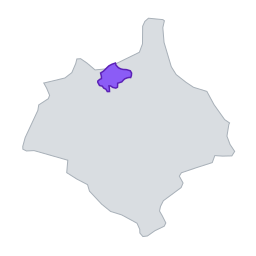 location of Štrpce within Kosovo, rotated 178°
{"feature_id": "KOS-5914", "entity_name": "Štrpce", "entity_type": "District", "adm_level": 1, "iso_a3": "XKX", "parent_name": "Kosovo", "parent_adm1": "", "projection": "natural_earth1", "projection_center": [20.995, 42.226], "detail": "fine", "context": "in_parent", "style": "filled", "palette": "violet", "viewbox_px": 256, "rotation_deg": 178, "n_neighbors": 0, "source": "natural_earth", "source_scale": "10m", "svg_char_len": 1514}
<svg xmlns="http://www.w3.org/2000/svg" viewBox="0 0 256 256"><g transform="rotate(178 128 128)"><path d="M60.9,86.0L76.2,81.4L78.4,78.1L74.9,71.1L77.0,66.6L95.2,54.1L98.3,48.4L99.4,43.9L96.9,39.2L93.5,31.8L95.2,28.6L104.7,24.4L112.4,19.4L116.9,19.0L119.8,22.6L119.8,26.3L122.3,32.5L128.0,35.9L137.4,41.4L148.3,45.2L156.9,52.7L168.7,66.2L170.4,72.8L181.0,78.8L190.8,85.5L189.3,97.9L222.7,108.7L230.3,108.6L233.8,110.5L233.8,113.3L231.1,122.0L217.5,148.7L216.4,154.2L206.6,160.1L205.2,163.4L208.0,170.8L210.6,175.9L210.4,175.9L189.3,180.2L182.2,185.3L178.0,194.2L176.7,198.8L172.9,198.9L166.7,194.3L158.9,187.2L148.7,187.8L114.0,203.3L110.6,211.5L109.8,229.2L107.4,234.0L103.7,237.0L89.4,235.1L87.9,233.9L89.7,227.1L89.0,212.3L82.6,187.7L78.0,179.7L68.5,171.7L61.1,166.4L47.9,161.8L41.2,148.3L31.1,133.0L26.3,129.5L27.1,128.0L29.4,116.4L26.6,108.0L22.2,100.9L25.2,96.5L34.5,96.6L42.2,97.4L45.0,90.5L60.9,86.0Z" fill="#d9dde1" stroke="#a8b0b8" stroke-width="1"/><path d="M153.5,183.9L150.5,185.7L146.4,189.5L144.9,190.8L141.8,192.3L138.3,193.4L137.8,191.2L135.5,188.6L133.1,187.3L130.9,186.7L127.5,186.4L123.7,185.1L122.5,182.8L122.8,180.2L123.6,178.3L125.0,178.5L127.2,178.1L129.6,177.2L131.0,176.0L132.6,174.3L136.8,173.1L136.9,171.0L137.1,169.1L138.8,168.3L141.8,169.1L144.0,170.7L145.6,170.7L145.2,168.3L145.2,165.1L147.4,165.1L148.7,167.5L150.9,168.7L152.2,170.7L155.0,171.5L156.6,174.7L156.6,175.9L154.7,177.5L152.8,178.3L152.8,180.7L153.5,183.9Z" fill="#8b5cf6" stroke="#5b21b6" stroke-width="1.5"/></g></svg>